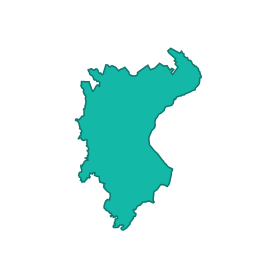 map outline of North West (orthographic projection), rotated 120°
{"feature_id": "ZAF-1201", "entity_name": "North West", "entity_type": "Province", "adm_level": 1, "iso_a3": "ZAF", "parent_name": "South Africa", "parent_adm1": "", "projection": "orthographic", "projection_center": [25.686, -26.361], "detail": "fine", "context": "isolated", "style": "filled", "palette": "teal", "viewbox_px": 256, "rotation_deg": 120, "n_neighbors": 0, "source": "natural_earth", "source_scale": "10m", "svg_char_len": 5875}
<svg xmlns="http://www.w3.org/2000/svg" viewBox="0 0 256 256"><g transform="rotate(120 128 128)"><path d="M156.5,64.4L159.1,64.8L159.1,67.8L159.3,68.8L160.2,70.4L160.4,71.2L160.7,71.4L166.4,72.0L167.2,72.2L169.1,73.2L169.7,73.4L170.6,73.5L171.1,73.4L173.1,72.3L177.0,70.7L178.4,69.7L178.7,68.7L179.1,68.4L179.6,68.3L180.0,68.5L180.3,69.2L180.6,72.9L181.4,74.3L182.6,75.0L183.6,76.2L184.4,77.7L184.8,78.1L188.3,78.7L190.8,80.7L193.4,80.8L194.9,80.6L195.2,80.9L195.5,82.0L195.7,82.3L195.9,82.4L196.4,82.3L196.8,82.0L198.0,80.1L198.2,79.4L198.2,78.5L198.3,78.2L199.4,77.7L200.9,77.6L202.2,78.9L203.2,78.3L203.8,78.2L208.7,78.9L209.3,78.8L209.5,78.6L210.0,78.3L210.7,78.3L212.3,78.7L213.9,78.9L215.1,79.2L217.7,80.5L218.7,81.1L219.1,81.8L219.0,82.8L218.8,83.5L218.3,83.8L217.6,83.9L217.2,83.7L215.9,82.9L215.4,82.8L214.7,83.1L214.4,83.6L214.5,84.3L215.3,84.9L215.7,85.4L215.9,86.2L216.3,86.6L217.0,86.7L218.1,86.6L219.3,87.2L221.3,90.6L221.1,91.4L219.4,91.9L218.5,90.8L217.4,91.0L217.3,92.3L216.6,92.6L215.1,92.5L213.3,93.5L211.8,92.0L210.6,92.1L209.9,93.8L210.5,94.7L211.3,94.4L212.7,96.1L211.8,96.5L211.6,97.8L213.3,98.4L213.0,99.2L211.0,98.8L210.3,100.5L210.6,100.7L210.8,101.8L210.0,102.5L210.0,104.7L210.2,105.6L210.2,105.9L209.6,106.2L209.5,106.5L209.6,107.5L209.5,108.3L208.8,109.1L207.7,109.5L207.2,109.9L202.3,110.8L201.8,110.3L200.5,110.3L199.9,109.7L199.5,108.0L195.7,109.4L193.5,110.9L193.0,115.3L191.8,118.7L191.3,119.6L190.3,119.7L189.5,120.5L187.9,120.4L188.9,125.5L184.5,128.9L185.4,130.8L185.7,133.4L185.1,133.8L183.3,134.2L183.7,135.1L184.0,135.3L184.2,136.0L185.7,135.9L186.1,138.4L189.1,137.5L189.3,136.4L189.7,136.3L190.7,136.5L190.6,137.4L191.7,138.6L192.7,138.0L194.4,138.6L196.1,138.7L196.7,138.9L196.9,140.6L197.9,140.7L197.1,142.1L196.7,142.3L196.9,143.1L196.1,143.1L195.5,143.3L195.0,143.7L194.7,145.5L193.7,147.0L193.3,147.3L190.9,147.8L190.5,147.6L189.4,146.6L189.0,146.4L188.1,146.5L187.3,147.2L185.9,148.8L184.6,149.8L183.9,150.1L183.6,149.8L183.8,149.1L183.8,148.8L183.5,148.6L182.7,148.8L179.5,148.9L178.0,148.7L176.9,148.1L176.3,146.9L175.9,146.5L175.4,146.8L175.2,147.4L175.3,149.8L174.6,149.3L173.4,148.2L172.7,148.7L172.1,149.3L171.3,148.8L170.8,149.2L170.0,149.4L169.5,149.8L168.4,150.8L168.1,152.0L167.8,152.0L167.5,151.7L166.4,151.3L165.9,151.5L165.5,151.9L164.6,152.9L164.4,153.2L164.4,154.8L163.9,155.2L163.1,154.9L162.7,154.9L161.9,156.0L161.4,156.4L159.5,156.9L158.8,157.8L159.5,158.8L160.6,159.8L161.2,160.6L161.2,162.7L161.1,162.8L160.9,162.7L160.6,162.9L160.2,163.5L160.0,164.2L160.2,164.8L161.7,165.1L162.0,165.3L162.1,165.6L161.9,165.7L158.7,165.7L158.1,165.5L157.2,165.4L156.7,165.5L156.4,165.8L156.1,166.5L155.9,166.7L155.2,166.2L154.3,166.4L153.5,166.9L152.9,167.6L152.7,168.6L152.8,169.2L152.7,169.4L152.5,169.7L151.6,169.9L148.7,172.7L148.0,173.7L147.1,175.3L147.2,175.9L147.6,176.7L147.6,177.1L147.4,177.4L147.0,177.5L146.4,177.5L146.0,177.3L145.8,176.7L145.4,174.8L145.2,174.5L142.7,173.9L141.3,173.9L140.7,173.6L139.9,172.6L139.6,172.4L138.9,172.5L135.5,174.4L134.6,175.1L134.2,175.7L134.0,175.8L133.7,175.9L133.2,175.7L132.2,175.2L131.8,175.2L131.6,175.3L131.2,175.8L130.3,176.3L129.9,176.4L129.3,176.2L129.1,176.2L128.7,176.7L126.6,177.2L126.2,177.6L123.6,179.8L123.2,180.0L122.1,180.0L121.8,180.3L121.2,181.1L120.8,181.3L120.8,181.7L121.0,182.2L120.3,183.3L119.8,183.9L119.2,184.3L118.7,185.0L117.9,185.0L117.2,185.2L116.2,187.0L116.4,187.7L115.7,188.9L115.2,189.6L114.8,190.0L113.8,189.9L113.6,190.3L112.6,190.5L111.9,191.2L111.4,191.4L111.2,191.5L110.9,191.4L107.4,184.6L107.9,184.4L113.9,177.2L113.5,176.7L112.7,176.4L112.1,176.4L107.0,176.5L106.2,176.2L105.9,175.8L106.1,174.7L106.4,173.7L105.3,173.7L104.7,174.6L103.1,174.9L102.9,175.1L102.7,175.3L102.4,175.9L102.4,176.6L102.5,177.3L102.6,177.5L103.1,177.8L103.3,178.1L102.7,178.8L102.5,180.2L103.1,180.7L103.1,181.6L102.7,182.4L102.5,182.6L101.9,182.8L101.7,183.0L101.4,183.8L100.8,184.4L100.7,185.4L100.8,186.8L100.5,187.9L99.0,189.4L98.7,190.2L98.4,190.7L97.6,191.6L95.0,189.4L94.9,188.8L95.3,187.9L95.2,187.2L94.3,186.0L93.8,185.6L93.0,185.5L92.7,185.1L92.5,184.3L93.1,182.8L94.2,181.8L95.1,180.0L94.0,179.2L94.9,177.1L93.8,176.5L84.3,178.7L83.6,177.0L84.4,174.5L82.0,173.0L81.8,170.9L81.6,170.2L81.7,168.9L83.2,164.7L80.9,163.9L80.2,163.0L77.0,161.1L79.1,155.3L80.7,154.0L81.1,152.2L79.9,148.4L77.9,146.8L76.1,146.7L75.2,147.5L63.7,142.2L66.4,137.7L62.4,134.6L56.2,133.0L56.5,128.0L54.5,125.3L57.0,120.7L54.4,119.9L54.5,117.6L58.6,118.3L59.3,116.0L50.3,115.1L49.0,119.2L46.8,119.1L46.7,121.5L44.3,121.3L42.4,130.3L41.3,132.1L37.6,130.8L37.4,120.6L34.7,120.0L36.0,117.7L36.1,117.3L35.9,116.6L36.3,116.3L37.2,115.9L37.5,115.7L37.8,115.2L38.0,113.8L38.0,112.9L37.8,112.5L37.4,111.8L37.7,111.2L38.8,110.1L39.2,109.4L38.9,108.7L38.7,108.3L38.3,108.2L38.3,107.7L38.5,106.9L38.9,106.1L40.3,104.3L40.5,104.0L40.6,103.1L40.5,102.3L40.5,102.1L41.2,101.3L41.1,101.0L40.5,100.2L40.6,99.9L40.9,99.0L41.5,96.8L41.7,96.4L42.5,96.0L42.9,95.6L43.4,94.2L43.6,93.7L43.9,93.4L45.1,92.7L45.5,91.8L46.7,90.4L47.5,90.0L48.3,90.1L48.7,90.7L48.9,90.9L49.6,90.4L52.0,89.2L53.6,88.7L55.2,88.5L57.0,88.9L59.1,89.5L59.7,89.5L61.2,89.0L61.6,89.1L62.9,90.6L65.0,91.8L68.6,94.5L69.2,95.3L71.1,95.8L71.4,96.1L72.0,97.2L73.3,97.7L74.5,99.4L76.0,100.4L76.5,101.2L77.2,101.5L78.9,101.1L79.3,101.2L79.9,101.6L80.0,101.9L79.8,102.3L80.6,102.3L84.0,101.3L85.7,101.3L87.2,102.1L89.5,104.8L90.9,105.9L92.5,106.1L94.1,105.6L94.7,105.5L98.7,106.9L100.5,108.1L101.6,108.4L104.0,108.1L106.0,108.6L107.0,108.4L109.0,107.9L109.6,107.6L111.6,106.1L113.1,105.4L114.3,105.2L115.6,105.4L117.1,105.8L118.5,106.1L125.3,105.3L127.7,104.1L132.0,100.8L132.7,98.6L134.5,94.2L135.5,89.5L138.4,82.9L139.1,80.5L140.2,78.7L140.2,77.4L141.2,75.2L141.5,74.0L141.6,72.5L141.2,69.8L141.3,68.9L141.5,68.8L142.8,68.4L144.5,68.4L146.1,67.4L154.9,64.6L156.5,64.4Z" fill="#14b8a6" stroke="#0f766e" stroke-width="1.5"/></g></svg>